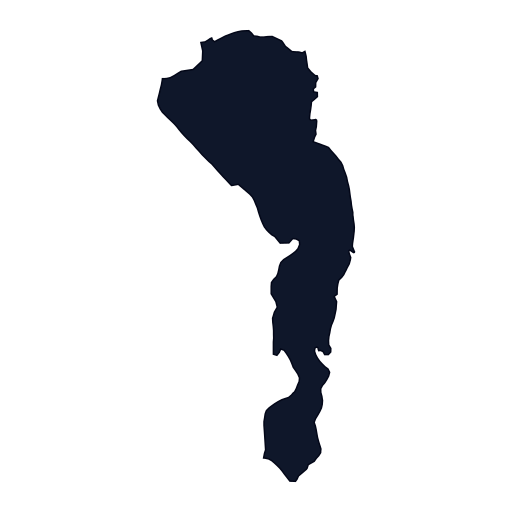 Khayran Al Muharraq, Hajjah, Yemen (Robinson projection)
{"feature_id": "15242507B46627972024874", "entity_name": "Khayran Al Muharraq", "entity_type": "district", "adm_level": 2, "iso_a3": "YEM", "parent_name": "Yemen", "parent_adm1": "Hajjah", "projection": "robinson", "projection_center": [43.359, 16.074], "detail": "fine", "context": "isolated", "style": "filled", "palette": "ink", "viewbox_px": 512, "rotation_deg": 0, "n_neighbors": 0, "source": "geoboundaries", "source_scale": "gbopen_adm2", "svg_char_len": 4391}
<svg xmlns="http://www.w3.org/2000/svg" viewBox="0 0 512 512"><path d="M162.4,78.7L162.2,80.6L161.4,85.1L160.4,89.0L159.4,93.3L158.4,97.2L157.5,100.8L158.4,105.1L160.3,109.0L162.4,112.2L165.2,115.0L167.8,117.6L171.0,120.6L174.1,123.6L176.8,126.6L179.1,129.6L181.5,132.5L184.2,135.5L187.0,138.4L187.4,138.8L190.1,141.3L193.3,144.6L196.1,147.9L198.8,150.8L202.2,154.7L205.5,158.0L208.1,160.6L209.0,161.5L211.8,163.9L214.7,167.2L217.9,170.9L220.4,173.6L223.1,176.6L225.9,179.5L228.4,182.2L231.0,185.0L231.6,185.5L238.3,184.3L249.7,194.0L252.3,196.8L252.8,197.6L254.3,200.4L255.9,204.4L257.4,207.9L258.6,212.2L259.8,215.9L261.2,219.8L262.7,223.4L264.4,226.9L266.6,229.8L269.1,232.4L271.8,234.8L274.8,236.5L280.2,243.1L288.9,242.9L292.7,238.6L295.0,238.8L296.2,239.0L299.3,240.7L299.7,244.5L298.0,248.7L295.6,251.4L292.8,253.6L290.0,255.6L286.7,257.7L283.7,259.6L280.9,262.5L279.5,266.0L278.8,269.7L277.9,273.5L277.4,274.7L276.4,276.8L273.7,279.4L271.5,282.5L271.2,286.4L271.2,290.1L271.2,293.8L275.9,301.6L276.9,305.6L277.3,307.2L274.4,312.2L273.3,316.0L272.6,318.2L272.8,322.2L273.3,326.5L273.6,330.6L273.6,334.4L273.7,338.1L273.4,342.0L273.4,354.2L276.9,355.3L279.2,352.4L280.7,349.0L284.1,350.2L286.3,353.2L288.5,356.6L290.4,360.0L291.9,363.6L292.2,364.4L293.3,367.3L295.5,370.4L297.8,373.9L299.5,377.8L299.2,381.5L297.7,384.9L296.3,388.6L294.6,391.9L293.0,393.2L291.6,395.0L288.6,397.5L285.1,398.6L282.5,399.5L281.9,399.7L278.1,401.7L274.7,403.8L271.9,405.8L269.1,407.9L266.5,410.5L265.8,412.2L265.2,414.0L264.6,418.0L264.0,421.6L264.0,425.3L264.4,431.1L264.8,437.1L265.6,449.9L264.5,453.3L263.6,458.0L264.9,458.1L268.6,458.9L271.7,460.6L274.3,462.8L277.2,465.5L279.8,468.1L282.2,471.0L284.3,473.9L289.9,481.1L295.2,481.3L295.5,481.3L295.6,481.1L297.0,479.2L298.5,475.9L302.1,472.9L306.3,469.3L307.1,468.2L308.2,464.7L314.2,461.3L316.3,458.3L318.7,455.7L320.6,452.7L320.7,450.8L320.9,449.0L319.8,445.4L319.7,445.2L318.6,441.6L317.5,437.5L316.8,433.6L316.1,429.5L315.3,425.8L314.1,422.4L315.5,418.7L318.0,414.6L319.8,411.4L321.4,408.0L321.9,405.8L322.2,404.4L322.5,400.5L322.1,398.1L321.9,396.5L320.8,392.5L320.7,388.7L322.5,385.3L324.1,383.5L324.9,382.5L326.9,379.3L328.6,376.1L329.6,372.3L328.9,370.9L328.0,369.0L325.0,366.8L322.6,364.4L322.2,364.0L319.7,361.3L317.4,358.0L315.7,354.8L314.5,351.2L314.9,348.0L316.6,347.1L317.6,347.4L318.2,348.5L318.3,349.6L318.8,350.7L320.3,350.4L323.0,351.5L324.7,354.6L328.3,354.6L330.7,352.0L330.8,348.4L328.7,344.9L328.5,340.6L328.9,336.5L329.2,335.1L329.7,332.9L329.9,331.7L330.4,328.8L331.4,325.1L333.0,321.3L334.2,317.9L335.0,314.2L335.4,312.3L336.0,309.4L336.2,306.5L336.3,305.2L336.6,301.7L335.1,298.5L334.8,297.7L334.3,297.5L334.2,296.7L334.6,296.1L337.1,294.2L337.1,292.1L337.2,287.9L337.8,284.0L338.8,280.1L341.7,277.3L343.8,274.5L344.8,272.4L345.5,271.1L346.0,270.2L347.1,267.8L349.2,263.9L350.3,259.9L350.7,257.5L350.3,256.5L349.6,254.7L348.8,251.9L349.0,250.6L349.8,250.0L351.8,251.4L352.9,252.2L353.6,252.6L354.3,252.4L354.5,251.8L354.2,251.2L352.3,246.5L352.5,243.6L353.1,239.5L353.4,237.6L353.6,235.7L354.1,231.4L354.3,227.6L354.3,227.3L354.0,223.8L353.4,220.0L353.0,216.3L352.8,215.3L352.8,212.4L352.0,208.5L351.4,204.9L351.0,201.1L350.3,197.1L349.8,193.4L349.3,189.4L348.6,185.9L347.4,181.4L346.6,177.2L345.1,172.9L343.8,169.6L343.6,169.0L342.7,165.8L340.9,162.2L338.2,159.1L336.0,156.2L333.6,153.5L330.8,150.4L329.4,148.6L328.5,147.5L325.7,146.3L313.1,141.7L314.6,137.0L316.0,134.2L315.5,130.4L316.3,126.7L316.7,121.2L316.5,120.1L315.7,119.5L314.5,119.8L310.9,120.2L309.6,119.2L309.5,117.8L309.9,113.6L310.6,109.5L311.1,105.7L311.5,101.7L313.8,99.8L317.1,96.9L317.4,96.6L317.4,96.3L317.3,92.5L313.6,91.9L313.3,88.8L315.6,86.9L315.7,82.6L318.0,78.6L317.2,75.8L315.1,75.6L311.0,72.0L307.6,67.9L307.1,64.1L306.5,60.1L306.2,57.2L306.1,56.3L305.2,52.5L304.9,51.4L302.2,52.9L298.8,52.0L295.4,51.9L291.9,51.6L287.4,47.9L285.4,46.4L282.7,42.3L281.6,40.9L272.2,36.5L267.9,36.6L263.6,37.1L260.1,37.1L257.2,36.3L253.8,36.0L251.5,33.1L248.8,30.7L245.4,30.8L241.7,31.0L238.1,31.7L234.7,32.6L233.8,32.9L231.3,33.8L228.0,35.1L226.0,35.8L224.7,36.4L221.1,38.3L217.7,40.0L214.6,41.7L212.1,39.9L212.1,39.1L211.7,38.0L210.2,38.6L208.4,39.9L205.2,41.9L200.9,42.5L202.7,50.8L202.7,51.7L202.3,60.8L193.1,69.5L181.2,71.3L177.9,73.3L174.3,75.6L170.3,77.7L166.8,78.5L164.4,78.7L163.4,78.7L162.4,78.7Z" fill="#0f172a" stroke="#020617" stroke-width="1.5"/></svg>